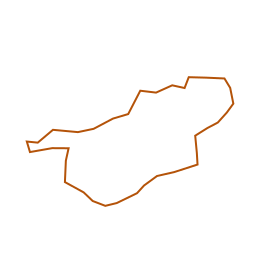 outline of Kampia, Nicosia, Cyprus, rotated 201°
{"feature_id": "46923920B79725215059171", "entity_name": "Kampia", "entity_type": "district", "adm_level": 2, "iso_a3": "CYP", "parent_name": "Cyprus", "parent_adm1": "Nicosia", "projection": "orthographic", "projection_center": [33.243, 34.987], "detail": "fine", "context": "isolated", "style": "outline", "palette": "amber", "viewbox_px": 256, "rotation_deg": 201, "n_neighbors": 0, "source": "geoboundaries", "source_scale": "gbopen_adm2", "svg_char_len": 566}
<svg xmlns="http://www.w3.org/2000/svg" viewBox="0 0 256 256"><g transform="rotate(201 128 128)"><path d="M217.6,79.1L210.9,70.4L191.6,82.0L176.2,87.8L174.3,75.2L167.5,54.9L146.3,52.0L134.8,47.2L121.3,47.2L111.6,53.9L96.2,70.4L92.4,80.1L83.7,93.6L69.2,103.3L50.0,118.8L54.8,129.4L62.5,144.9L53.8,156.5L46.1,165.3L41.3,177.8L38.4,188.5L47.0,202.1L55.7,208.8L73.1,203.0L89.5,197.2L89.5,185.6L102.0,183.7L114.5,171.1L129.9,167.2L132.8,141.1L145.4,131.4L159.8,114.9L173.3,106.2L197.4,99.4L207.0,82.0L217.6,79.1Z" fill="none" stroke="#b45309" stroke-width="2"/></g></svg>